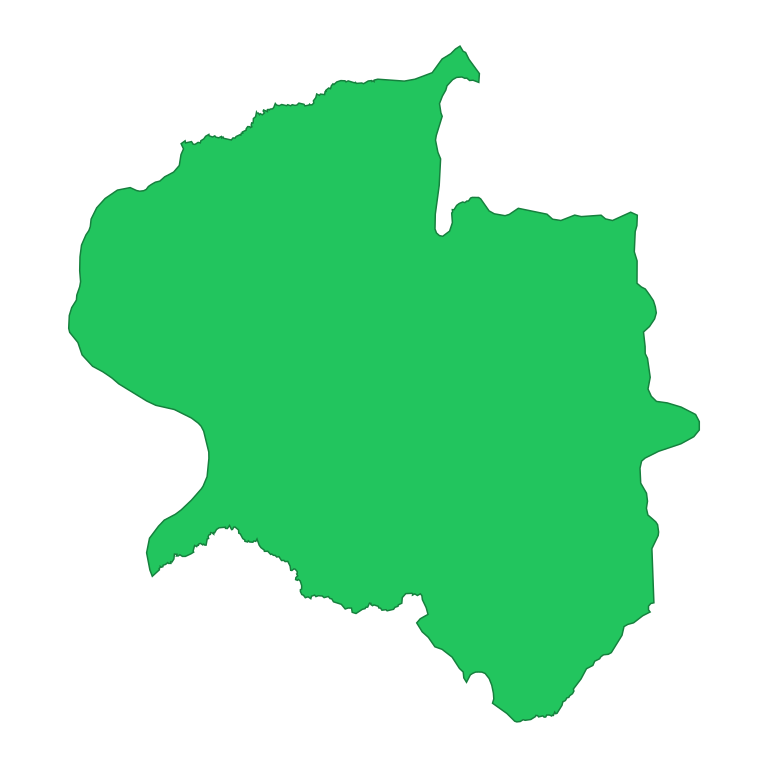 the district of Nadowli-kaleo, Upper West, Ghana
{"feature_id": "2480657B27045720373273", "entity_name": "Nadowli-kaleo", "entity_type": "district", "adm_level": 2, "iso_a3": "GHA", "parent_name": "Ghana", "parent_adm1": "Upper West", "projection": "natural_earth1", "projection_center": [-2.713, 10.287], "detail": "fine", "context": "isolated", "style": "filled", "palette": "green", "viewbox_px": 768, "rotation_deg": 0, "n_neighbors": 0, "source": "geoboundaries", "source_scale": "gbopen_adm2", "svg_char_len": 6061}
<svg xmlns="http://www.w3.org/2000/svg" viewBox="0 0 768 768"><path d="M653.9,602.8L651.9,548.6L658.2,535.5L658.6,532.0L657.6,524.7L655.7,521.8L647.9,515.0L646.4,508.3L647.5,501.2L646.5,493.2L640.7,483.1L640.0,468.2L641.6,461.1L645.2,458.0L658.6,451.3L680.9,443.8L693.8,436.7L699.3,430.0L699.3,421.6L695.6,414.5L681.2,407.1L667.3,402.9L656.5,401.4L651.3,396.3L648.0,389.0L650.2,377.3L647.5,358.4L645.2,353.6L645.1,346.5L643.5,332.0L649.5,326.5L654.6,318.9L656.3,312.9L655.3,306.7L653.4,300.7L649.5,294.8L645.3,289.0L641.4,287.0L637.0,283.3L637.1,260.9L634.3,251.8L635.2,231.6L636.9,225.6L637.3,215.2L630.7,212.2L612.5,220.5L605.5,218.9L601.1,215.2L581.3,216.6L574.7,215.1L560.9,220.5L552.6,219.2L547.0,214.2L518.3,208.3L509.3,214.4L505.1,215.7L494.3,213.8L489.1,210.9L480.7,198.9L478.6,197.5L472.3,197.4L470.6,198.0L468.5,201.0L466.9,201.0L464.9,202.6L462.7,202.0L459.2,203.5L456.7,205.4L454.0,209.7L452.3,209.6L452.6,212.1L451.7,213.0L452.4,222.7L449.6,231.1L442.7,236.3L439.4,235.6L436.5,233.0L435.0,229.0L435.3,214.1L439.2,185.4L440.6,158.9L437.9,152.3L435.5,140.1L436.3,135.4L442.2,116.3L440.9,112.8L439.5,103.6L442.4,96.1L445.8,90.1L447.0,85.8L452.6,79.7L456.6,77.4L461.9,77.0L464.8,78.3L466.8,78.1L469.6,80.5L473.0,80.2L478.8,82.4L479.4,73.6L469.0,59.4L465.6,52.5L463.1,51.3L460.0,46.1L455.5,49.0L450.8,53.7L442.1,59.0L432.2,72.7L414.9,79.2L404.3,81.1L377.7,79.2L374.2,80.1L374.1,81.6L373.0,80.9L371.9,81.5L371.5,80.6L368.2,81.0L363.6,83.7L361.7,83.0L356.3,83.4L355.5,82.3L354.4,82.8L348.2,80.9L346.0,81.9L345.0,80.8L340.8,80.6L336.8,81.9L333.9,84.5L333.0,83.8L331.4,85.7L330.5,88.7L328.7,88.0L325.8,90.4L326.1,91.4L325.1,91.6L324.6,94.6L320.4,94.1L319.4,95.4L316.7,94.0L315.8,97.6L313.4,100.8L313.8,103.0L312.0,104.8L310.0,104.9L309.6,104.2L308.8,105.1L304.9,105.9L304.0,104.3L298.9,103.1L296.8,105.1L295.0,105.4L292.2,104.7L290.7,105.8L287.7,104.7L286.6,105.7L281.7,104.5L279.2,105.7L276.5,105.0L275.3,103.5L273.8,107.4L272.6,108.8L270.1,109.1L269.5,109.9L268.0,109.4L267.3,109.8L267.4,111.6L263.6,110.0L263.2,111.1L264.4,113.0L262.3,114.8L260.3,113.7L259.4,114.7L258.4,113.1L257.1,113.2L256.5,112.1L255.6,116.7L253.4,118.5L253.2,122.1L252.8,123.1L251.7,122.9L251.2,125.0L251.9,126.8L250.5,127.6L249.9,126.7L247.7,126.6L246.2,128.8L246.1,130.2L242.4,132.0L242.7,133.2L241.3,133.2L240.8,135.1L240.0,134.7L236.1,136.5L235.0,138.1L233.0,137.9L231.3,140.0L223.7,138.3L223.0,137.0L221.8,138.0L221.4,136.5L218.6,137.8L215.8,137.1L214.8,135.9L212.5,137.0L209.2,135.8L208.9,134.4L205.6,136.3L203.8,138.9L200.9,140.7L200.3,142.9L198.1,142.4L195.0,144.4L193.2,144.2L191.5,141.6L185.6,142.9L185.1,140.8L181.1,143.7L183.5,148.9L181.0,154.6L179.3,165.5L173.6,172.1L164.7,176.8L159.8,181.1L155.3,182.2L151.3,184.5L148.4,186.5L146.3,189.4L143.7,190.7L139.7,191.2L136.5,190.5L130.2,187.6L117.4,190.1L105.1,198.5L96.7,207.8L91.1,219.1L90.3,226.6L88.9,230.5L85.9,235.0L81.5,245.1L80.0,256.8L79.7,270.7L80.6,281.7L79.7,286.8L76.8,295.1L76.4,300.1L71.7,307.6L69.3,315.5L68.7,328.3L69.7,332.4L77.9,342.5L82.1,354.9L92.6,366.3L102.7,371.7L111.7,377.8L118.8,383.9L146.7,401.0L155.8,405.3L174.3,409.5L191.4,418.0L198.2,423.1L201.1,426.2L203.7,431.2L208.8,452.1L208.9,458.4L207.1,476.6L203.1,486.2L201.3,488.9L191.4,500.2L181.2,509.9L175.3,514.3L164.3,520.1L158.5,526.2L149.5,538.2L146.6,552.8L149.9,570.0L152.3,576.3L159.4,569.8L159.1,568.6L160.3,567.4L160.3,566.4L161.4,567.2L162.9,566.7L163.1,565.2L165.6,564.4L167.7,562.6L168.4,563.4L170.9,563.4L170.7,561.7L172.0,562.0L173.9,559.0L174.4,554.1L177.0,554.3L176.4,556.0L178.3,555.9L179.9,554.7L182.4,556.4L185.4,556.4L191.0,553.8L193.7,552.1L193.1,551.1L194.6,545.5L196.7,546.6L197.5,545.1L198.4,545.3L199.0,543.8L200.6,543.4L202.8,544.9L203.7,544.1L204.8,545.1L206.1,545.1L207.2,538.9L208.6,538.5L208.1,536.5L208.9,534.9L210.4,534.4L210.6,532.6L211.8,532.7L213.7,534.2L213.7,532.6L214.6,532.8L216.5,529.5L219.0,527.8L225.4,527.2L225.5,528.4L227.4,528.5L229.5,525.5L231.6,529.6L232.5,529.4L233.7,527.2L235.0,527.0L238.5,529.9L238.8,533.2L240.3,533.9L242.8,538.6L244.8,539.9L244.9,541.3L247.6,542.0L248.3,540.8L249.7,542.0L252.9,542.2L254.0,540.9L255.8,541.4L257.0,539.0L259.2,545.2L260.9,547.6L264.1,550.0L264.4,551.3L267.8,551.3L270.6,554.4L271.7,554.0L273.4,555.3L275.2,555.4L276.7,557.0L278.9,556.6L281.5,560.5L283.9,560.4L285.1,561.6L287.8,561.4L290.1,566.1L290.7,570.3L291.9,570.5L293.9,568.9L295.2,569.2L297.2,571.5L297.2,573.8L296.7,574.0L297.7,575.9L295.9,577.5L295.6,579.6L297.4,580.3L298.3,579.4L300.2,580.9L301.7,585.7L301.6,589.1L300.4,589.7L300.4,591.5L301.8,594.5L303.5,595.3L305.3,597.7L308.1,596.8L310.8,598.7L311.5,596.2L314.6,595.1L315.9,596.6L318.4,595.7L322.2,596.0L324.1,597.6L328.3,596.5L330.1,598.6L331.7,598.8L333.5,601.8L341.3,604.3L345.2,609.0L348.2,608.0L351.5,608.1L352.2,612.3L356.0,613.5L362.4,609.3L365.1,608.6L365.8,607.3L367.7,607.1L369.5,603.1L370.9,603.4L370.8,604.5L372.5,605.7L374.0,604.9L378.3,606.3L378.8,607.9L380.6,608.2L381.9,610.2L386.0,609.7L387.1,610.8L393.6,609.3L394.9,607.3L398.0,606.3L398.3,604.9L401.8,603.2L402.3,597.6L405.8,593.6L411.9,593.3L412.6,593.6L412.5,595.1L414.8,593.9L417.4,595.5L420.4,593.8L421.9,595.7L422.4,599.7L426.2,607.7L428.0,614.4L420.3,618.7L416.7,622.9L422.2,631.8L428.3,637.3L434.9,646.8L442.0,649.3L452.1,657.1L459.5,668.5L463.2,672.0L463.8,677.9L466.5,682.3L470.3,674.9L472.6,673.4L475.5,672.1L478.6,672.0L481.9,672.1L485.2,673.5L489.2,678.6L491.8,685.3L493.4,693.1L493.8,698.9L492.5,703.2L506.9,713.5L514.7,721.2L516.8,721.9L520.3,721.5L523.1,719.7L525.1,720.3L530.8,719.5L535.4,716.6L535.9,715.4L537.6,715.6L538.6,716.9L542.8,715.9L544.1,717.1L545.7,717.0L546.7,715.1L549.3,715.0L551.7,716.0L552.5,715.1L553.4,715.4L554.7,712.1L555.7,713.7L557.0,713.3L562.0,705.3L562.8,701.9L565.4,700.5L566.9,697.8L568.8,697.4L569.7,695.7L572.5,693.7L573.9,691.1L573.4,689.0L581.0,679.0L586.5,668.7L592.9,665.4L594.7,661.2L599.6,658.8L600.8,656.8L603.5,654.8L608.3,654.3L611.3,652.6L622.0,635.3L624.0,626.6L627.8,624.4L633.6,622.8L642.8,615.7L650.1,612.0L648.5,609.8L648.5,606.1L650.8,603.5L653.9,602.8Z" fill="#22c55e" stroke="#15803d" stroke-width="1.5"/></svg>